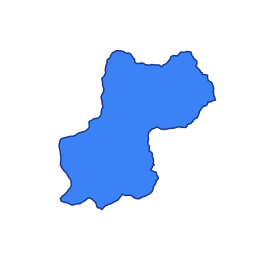 outline of Serthig, Samdrup Jongkhar, Bhutan, rotated 125°
{"feature_id": "84629894B58083807854661", "entity_name": "Serthig", "entity_type": "district", "adm_level": 2, "iso_a3": "BTN", "parent_name": "Bhutan", "parent_adm1": "Samdrup Jongkhar", "projection": "robinson", "projection_center": [91.922, 27.007], "detail": "fine", "context": "isolated", "style": "filled", "palette": "blue", "viewbox_px": 256, "rotation_deg": 125, "n_neighbors": 0, "source": "geoboundaries", "source_scale": "gbopen_adm2", "svg_char_len": 5702}
<svg xmlns="http://www.w3.org/2000/svg" viewBox="0 0 256 256"><g transform="rotate(125 128 128)"><path d="M224.8,142.9L225.4,141.9L226.2,140.9L225.8,139.0L225.2,137.1L224.5,135.5L224.2,134.7L223.8,133.8L223.7,132.8L223.6,130.6L222.3,128.4L221.3,127.9L220.7,127.5L219.7,126.7L218.9,126.2L218.6,124.9L217.2,123.7L215.2,122.9L213.6,122.3L211.8,121.4L210.0,121.0L207.7,120.2L207.4,119.7L207.3,118.7L207.1,118.2L207.0,116.0L207.3,113.7L208.1,110.8L209.2,109.7L210.3,108.3L210.6,107.5L210.5,106.6L209.9,105.7L209.7,104.8L209.7,102.6L205.2,102.1L203.0,100.7L202.0,100.3L199.8,98.4L196.7,97.1L193.6,95.3L192.7,94.9L191.8,94.8L189.0,94.8L187.2,94.7L185.7,94.8L185.3,94.0L185.2,93.2L184.9,91.4L182.5,88.8L181.9,87.5L181.3,86.7L181.6,83.0L181.3,81.5L180.7,80.0L180.2,79.3L179.8,78.5L177.6,77.2L175.5,76.2L174.0,74.8L172.0,73.9L170.3,73.0L169.0,72.4L166.9,71.9L165.2,71.9L163.6,72.6L160.3,73.7L158.2,73.4L156.4,74.0L155.4,74.4L155.2,74.6L154.8,74.7L154.2,74.4L153.7,74.3L151.9,74.3L151.6,74.5L150.4,76.2L149.8,77.8L149.5,78.0L148.7,78.8L148.3,79.3L148.2,79.7L148.3,80.4L148.5,80.8L148.6,81.4L148.7,81.7L148.9,82.4L149.4,84.0L149.2,84.7L149.0,85.2L148.9,85.7L148.3,85.7L147.2,85.4L146.4,85.4L145.8,85.8L145.2,86.1L144.8,86.0L144.4,85.8L144.1,85.5L143.7,85.3L143.4,85.3L143.1,85.6L142.4,87.4L142.1,87.6L141.2,87.7L140.7,87.9L140.3,88.4L140.0,88.5L139.5,88.8L139.0,89.3L138.6,90.1L138.2,90.5L137.9,91.1L137.8,91.4L137.5,91.7L137.0,92.1L136.1,92.5L135.3,93.1L134.6,94.3L134.5,94.8L134.5,95.3L134.5,96.0L134.5,97.6L134.1,98.0L133.0,98.5L131.4,99.4L131.1,99.6L130.5,100.6L130.1,101.8L129.7,102.4L128.9,102.9L128.0,103.8L126.9,104.2L126.2,104.4L125.4,104.9L124.3,105.9L123.1,106.9L121.7,107.7L120.2,108.2L119.0,108.4L118.4,108.4L117.0,107.9L115.4,108.0L114.5,107.2L113.3,106.2L112.6,106.0L111.6,105.5L110.8,105.0L110.2,103.0L109.9,100.5L109.6,99.4L109.0,98.4L108.4,97.5L107.6,96.5L106.0,95.1L104.5,93.6L101.9,90.4L101.1,89.8L100.1,88.9L99.3,88.4L98.6,87.7L97.8,87.1L97.6,86.4L97.2,85.8L96.9,85.2L96.9,84.6L96.7,84.2L96.4,84.1L96.0,83.7L95.7,83.1L95.3,82.2L94.8,81.5L94.4,81.0L93.4,80.7L92.4,80.7L91.4,81.2L90.8,81.1L89.8,80.2L89.4,79.8L89.0,79.7L87.9,79.1L87.1,79.2L86.5,78.9L85.3,78.6L84.5,78.6L83.5,78.9L82.5,78.7L81.8,78.1L80.8,77.9L79.5,77.0L77.5,77.8L75.6,78.1L74.5,78.4L73.6,79.1L73.3,79.1L73.0,79.0L72.1,78.9L70.9,78.8L70.3,78.9L68.6,78.9L68.1,78.8L66.9,78.7L66.5,78.8L66.3,78.8L66.1,77.8L65.9,77.4L65.3,77.0L64.5,76.7L62.2,76.7L61.5,77.1L61.0,77.3L60.8,77.2L60.2,76.6L59.8,75.9L59.0,75.1L58.4,74.8L57.7,74.7L57.0,74.2L56.5,73.6L55.8,73.1L54.9,72.5L54.4,72.7L54.2,73.4L53.8,73.9L52.6,75.2L52.6,75.9L52.4,76.3L51.9,76.6L51.1,77.0L50.5,77.7L50.1,78.4L50.0,78.9L48.9,79.0L48.5,79.2L47.7,79.7L46.6,80.5L45.9,81.0L45.2,81.7L44.9,82.2L44.6,82.6L44.3,83.4L43.4,84.5L43.1,85.1L42.7,85.9L42.8,86.8L43.0,87.9L43.0,88.5L42.8,89.5L42.8,90.0L42.1,90.7L41.6,91.4L41.3,91.8L40.9,92.1L40.3,92.3L39.4,92.8L39.1,93.2L39.5,93.8L39.9,94.9L40.4,95.8L40.9,96.5L41.0,97.2L41.1,98.3L40.3,98.7L40.3,99.3L40.5,99.8L40.4,100.6L40.0,101.1L39.6,102.0L39.4,103.0L39.2,103.9L38.8,105.4L38.7,106.0L38.7,107.8L37.4,107.9L36.3,108.1L35.5,108.7L34.7,109.2L34.1,109.6L33.7,110.3L33.6,111.3L33.3,112.3L33.4,114.1L32.4,115.3L31.8,117.7L31.2,118.3L30.6,118.8L30.1,119.4L29.8,120.3L30.1,121.1L30.8,122.1L31.4,123.4L32.2,124.3L33.0,124.7L33.8,125.4L34.6,126.6L35.0,127.2L35.0,127.5L35.5,128.1L36.2,128.6L37.0,128.5L38.1,128.6L38.9,128.4L41.0,129.4L41.2,129.7L41.6,130.4L41.8,131.3L42.2,131.7L42.7,131.9L43.0,132.6L44.5,133.6L45.2,133.7L45.9,133.5L46.3,133.5L46.9,133.1L47.8,132.8L48.2,133.0L48.7,133.2L49.6,133.3L50.4,133.2L51.5,133.5L52.2,133.4L53.5,133.7L54.0,133.9L54.9,134.4L55.8,135.1L56.4,135.4L57.8,135.4L58.4,135.3L58.7,135.7L58.6,137.3L58.6,138.6L59.0,139.5L59.5,140.0L60.2,141.0L60.5,141.4L60.8,142.1L61.4,142.9L62.2,144.7L62.6,145.2L63.1,145.7L63.8,146.1L64.3,146.5L64.9,147.5L64.9,148.1L65.6,148.8L65.8,149.1L66.3,150.3L66.1,151.4L66.2,152.4L66.7,153.6L66.9,154.1L67.8,155.0L68.2,155.6L68.7,155.8L69.0,156.1L70.0,157.7L70.3,158.0L70.4,158.4L70.2,158.9L70.2,159.9L70.2,160.3L69.8,160.6L68.9,161.0L68.3,161.6L67.9,162.2L67.9,162.9L67.5,163.8L67.2,164.7L67.0,165.7L66.7,166.4L66.3,166.8L66.2,167.4L66.0,167.9L65.9,169.6L66.1,170.2L66.9,171.3L67.3,171.6L67.5,172.2L67.8,172.8L67.9,173.4L67.9,175.5L68.3,176.2L69.1,178.4L69.8,179.4L70.3,180.2L70.8,181.1L71.7,182.0L72.5,182.5L73.6,182.9L74.7,183.7L75.2,183.8L76.4,183.8L77.4,183.8L77.9,184.0L78.6,183.8L79.8,183.3L81.1,183.0L82.1,183.4L83.2,184.0L83.8,184.1L84.4,184.1L85.4,183.5L85.7,183.0L87.4,182.3L88.3,182.1L89.4,181.9L92.1,180.6L93.2,180.1L95.7,178.0L96.8,177.7L98.2,177.5L99.8,177.4L100.9,177.5L101.6,177.8L102.3,177.9L102.7,177.6L103.5,176.9L104.3,175.9L107.3,173.5L108.7,171.8L109.8,170.3L111.2,169.4L112.4,168.7L114.3,168.7L116.3,168.3L117.8,168.1L118.2,167.8L120.0,165.8L121.1,164.4L122.3,163.5L123.2,163.0L123.4,162.5L124.0,161.6L125.1,160.6L125.7,160.4L126.7,160.4L127.7,160.3L128.7,159.9L129.8,159.3L130.8,159.0L131.6,158.2L132.3,157.8L133.3,157.7L136.0,157.8L136.8,158.0L137.2,158.2L137.9,159.3L138.7,159.9L139.3,160.6L140.0,161.2L143.2,162.6L144.2,163.2L144.9,163.5L145.4,163.4L146.4,162.6L147.3,162.0L148.0,161.3L148.8,160.5L149.5,160.3L151.7,160.3L152.8,160.5L153.6,160.8L154.6,161.0L156.5,162.1L158.2,163.9L160.6,165.7L162.1,166.3L164.0,166.9L166.4,168.4L167.7,170.3L169.2,171.8L170.4,172.7L171.1,173.2L172.6,174.6L174.7,176.2L175.7,176.7L177.2,176.4L179.0,175.8L180.8,175.0L182.4,174.1L186.0,170.1L188.8,167.8L190.8,165.8L194.0,164.0L197.3,161.9L198.6,159.2L200.0,155.3L200.2,153.1L201.5,150.1L202.4,148.4L203.1,145.5L204.8,143.8L206.9,141.9L209.0,141.0L212.5,141.3L215.1,141.3L218.9,141.8L221.6,142.8L224.8,142.9Z" fill="#3b82f6" stroke="#1e3a8a" stroke-width="1.5"/></g></svg>